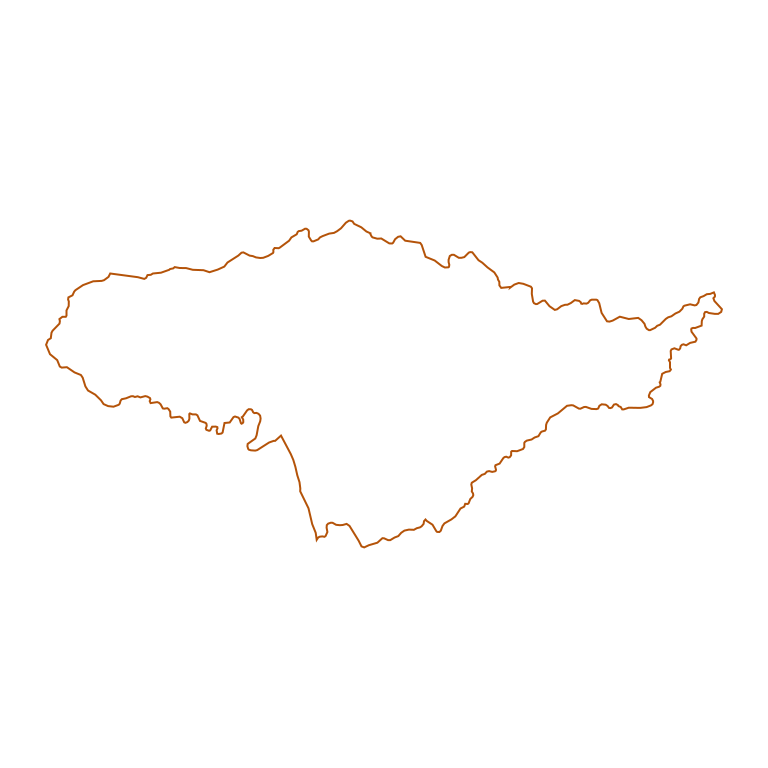 Nacaroa, Nampula, Mozambique
{"feature_id": "85939544B80156310814638", "entity_name": "Nacaroa", "entity_type": "district", "adm_level": 2, "iso_a3": "MOZ", "parent_name": "Mozambique", "parent_adm1": "Nampula", "projection": "robinson", "projection_center": [39.936, -14.362], "detail": "fine", "context": "isolated", "style": "outline", "palette": "amber", "viewbox_px": 768, "rotation_deg": 0, "n_neighbors": 0, "source": "geoboundaries", "source_scale": "gbopen_adm2", "svg_char_len": 6094}
<svg xmlns="http://www.w3.org/2000/svg" viewBox="0 0 768 768"><path d="M46.1,344.8L50.0,354.2L57.2,360.1L59.8,366.5L61.7,367.6L66.9,367.2L74.5,372.4L80.9,375.0L82.7,377.7L85.4,386.4L88.0,390.5L95.3,394.7L101.0,400.3L103.6,404.1L108.1,406.1L113.5,406.7L118.7,404.8L119.7,403.7L120.6,400.6L121.8,399.2L126.0,398.3L131.0,396.3L133.0,396.2L134.9,397.0L137.6,396.3L140.4,397.4L145.3,396.1L147.4,396.6L150.0,398.1L150.4,399.3L149.7,401.1L150.6,403.1L157.2,402.1L159.0,402.8L160.6,404.3L162.8,408.4L164.2,408.7L167.3,408.2L168.5,409.0L170.2,411.6L170.4,416.4L171.3,417.6L179.7,416.7L182.3,418.2L184.2,422.3L185.4,422.8L187.3,422.1L188.8,420.6L189.4,418.7L189.3,414.0L189.9,413.4L192.5,414.4L195.9,414.4L197.4,415.3L200.0,420.9L205.7,422.9L206.5,424.0L206.7,425.8L205.8,428.5L206.4,429.8L209.1,430.8L210.2,430.4L212.1,426.7L215.8,426.6L217.3,427.1L217.5,428.3L216.6,430.3L217.2,433.7L218.7,434.0L221.5,433.5L222.6,432.5L224.5,423.0L229.7,422.5L233.5,417.1L235.0,416.5L238.4,417.6L239.6,419.0L240.9,423.1L241.5,423.7L242.6,423.2L243.3,422.1L243.2,419.5L241.8,417.2L243.0,416.3L247.1,410.4L248.7,409.2L251.0,409.3L252.0,409.9L253.2,412.3L254.3,413.1L256.5,412.9L258.5,413.8L260.1,415.6L260.6,418.5L260.2,421.3L258.3,426.1L256.6,435.3L255.3,438.5L247.7,443.9L247.4,446.2L248.2,448.9L248.9,449.7L250.9,450.3L255.2,450.6L257.2,450.1L269.1,442.5L273.6,440.9L275.1,440.9L281.0,435.6L290.8,454.1L293.3,459.9L295.4,466.9L297.3,475.3L299.5,482.2L300.3,488.4L300.2,491.3L308.5,508.3L312.2,524.1L315.7,532.8L316.7,539.8L318.2,537.5L319.7,536.7L322.3,536.4L324.5,536.8L325.6,536.0L327.4,532.0L326.6,527.7L326.8,525.1L328.2,523.6L330.9,522.7L332.6,522.8L336.1,524.8L339.9,525.2L342.7,525.0L346.6,523.9L349.5,525.9L358.7,540.8L361.5,546.4L364.2,547.4L368.9,545.2L377.4,542.7L382.4,538.2L384.1,538.3L388.0,540.1L390.3,540.1L394.6,537.5L398.3,536.1L401.2,532.8L404.4,530.6L408.9,529.6L413.9,529.8L416.8,528.2L419.9,527.4L421.6,526.3L423.6,523.9L424.0,521.2L425.5,519.5L426.7,520.9L432.5,524.7L436.4,531.3L437.1,531.9L439.4,532.0L440.8,530.7L442.5,526.0L444.4,523.4L451.4,519.4L455.4,516.3L460.5,508.5L464.2,506.6L465.2,503.8L467.7,504.0L468.6,503.3L470.3,499.0L472.6,496.8L473.3,495.1L473.0,493.4L471.8,491.5L472.1,488.4L471.3,484.5L471.8,482.7L475.9,480.2L481.8,474.9L484.8,473.9L486.9,471.6L489.1,471.1L492.2,471.9L495.0,471.3L495.8,470.7L496.0,469.7L495.1,466.4L495.5,465.2L499.6,463.6L503.3,458.1L504.5,457.1L506.2,456.7L508.3,457.6L509.7,457.2L511.1,455.4L511.2,451.7L512.0,451.0L517.1,451.2L523.0,449.0L524.3,447.0L524.3,442.9L524.9,441.9L526.8,440.6L531.6,439.5L534.6,437.5L538.4,436.2L540.8,432.3L542.0,431.5L545.0,430.7L545.9,429.4L546.1,424.9L546.8,422.7L550.2,417.4L557.9,413.4L567.0,405.8L571.3,405.2L573.2,405.4L578.9,408.6L580.4,408.7L584.1,407.0L585.9,406.9L591.5,408.9L596.6,409.1L598.2,408.5L599.4,405.8L601.7,404.3L605.7,404.7L607.6,406.0L609.0,407.9L610.4,408.1L612.0,407.5L613.9,404.6L616.0,404.1L617.9,405.1L618.5,406.1L620.7,407.0L622.2,409.4L623.7,409.4L628.8,407.7L640.2,407.9L646.6,407.1L651.0,405.4L652.5,404.2L653.1,402.4L653.1,401.0L652.1,399.0L649.0,397.1L648.9,395.5L650.3,392.1L656.0,387.7L659.2,386.7L660.3,385.8L660.5,384.3L659.7,382.3L660.3,381.8L662.2,373.8L665.7,372.0L669.6,371.2L670.9,369.6L670.0,367.9L670.0,362.2L668.9,360.3L669.1,359.6L670.5,359.2L671.1,358.3L670.7,351.0L671.5,349.4L674.4,348.3L678.4,349.8L679.2,349.6L680.2,348.3L680.6,346.2L681.9,344.8L683.5,344.3L686.2,345.3L690.1,342.9L695.4,341.7L696.5,339.8L696.5,338.5L691.5,331.7L691.2,329.4L691.5,328.5L693.1,327.9L695.1,328.0L701.6,325.6L701.8,321.1L702.4,319.2L704.2,316.6L704.2,313.7L705.1,312.1L706.8,311.9L708.9,313.0L715.0,313.9L718.2,313.9L721.2,311.9L721.9,309.2L714.4,301.0L713.4,298.2L714.9,296.6L715.0,295.1L713.9,292.4L710.2,293.9L706.8,294.2L703.6,296.1L700.3,297.3L699.1,299.0L698.4,302.5L696.4,305.0L694.7,305.4L690.1,304.3L684.4,305.7L683.4,306.4L682.3,308.8L679.4,311.7L675.4,313.5L671.4,316.3L668.2,317.3L665.8,318.9L660.0,324.7L657.2,325.8L655.1,327.8L650.2,330.1L648.9,330.1L646.7,328.7L645.4,326.6L644.5,323.8L641.5,320.2L638.2,317.9L628.8,319.0L619.8,316.7L612.7,320.6L609.5,321.6L607.0,321.3L601.6,312.9L599.2,303.1L597.4,300.1L596.4,299.7L591.7,299.7L590.2,300.3L588.2,302.8L586.6,303.6L583.5,303.4L582.3,303.9L581.2,303.6L580.8,302.3L579.1,300.9L574.8,300.1L570.9,303.0L567.5,304.7L565.0,304.8L561.3,306.1L557.1,309.3L554.8,309.9L549.5,306.2L544.9,300.6L542.6,300.7L537.2,304.0L535.9,304.1L534.0,303.2L533.1,301.6L531.8,293.9L532.0,288.3L530.9,286.7L523.3,283.8L518.7,283.0L514.3,284.6L510.5,287.4L510.7,286.9L501.2,287.9L499.4,285.4L499.3,281.8L498.0,279.6L497.6,277.5L494.3,272.4L487.5,267.4L482.3,262.7L478.5,260.2L472.3,252.3L470.2,252.1L468.8,252.6L464.3,257.1L461.4,257.8L458.8,257.8L453.9,254.8L451.8,254.8L449.8,256.0L448.6,259.8L448.6,262.1L449.3,264.8L449.0,266.8L448.4,267.3L444.9,267.5L441.8,266.0L434.7,260.5L425.6,256.8L421.7,245.0L420.2,242.9L405.2,240.7L400.6,236.3L398.1,236.8L395.1,239.2L393.1,242.8L392.1,243.5L389.3,243.4L381.3,238.5L377.3,238.7L372.6,237.4L371.7,236.6L370.2,233.7L370.4,233.3L366.4,231.5L361.3,227.3L354.2,223.9L352.5,221.4L350.0,220.6L348.8,220.8L345.9,222.7L341.0,228.3L337.1,231.2L334.0,232.9L329.2,233.6L322.6,236.1L320.0,237.4L318.2,239.4L313.6,241.3L312.0,241.3L311.1,240.4L308.8,236.6L308.9,231.7L308.5,230.3L306.6,228.8L305.1,228.7L301.6,230.7L298.8,231.1L297.7,231.9L296.7,234.3L291.4,237.4L289.1,240.7L279.8,247.6L278.7,248.2L274.6,248.0L273.3,249.8L273.4,252.1L273.0,253.0L268.2,255.9L263.2,257.8L260.2,258.0L256.0,257.4L252.8,256.1L249.6,255.6L243.4,252.4L241.5,252.7L238.3,255.6L227.5,262.5L224.3,266.6L217.7,269.6L209.5,272.2L203.5,270.2L192.8,269.8L186.2,268.1L179.7,268.0L174.7,267.1L173.2,268.4L170.1,269.0L169.2,269.8L161.0,272.7L152.9,273.5L150.8,274.8L147.5,275.1L146.2,277.8L144.3,278.9L137.9,277.2L110.2,273.5L108.5,276.9L104.0,280.2L101.6,280.9L93.2,281.3L83.0,285.1L75.4,290.2L74.2,291.6L72.5,295.3L68.4,297.4L68.1,299.6L68.8,301.4L68.7,306.1L66.5,310.4L66.5,315.6L65.8,316.8L62.4,316.8L59.4,319.1L59.9,321.1L59.5,323.6L52.6,330.7L51.5,332.7L50.8,338.2L48.0,340.0L46.1,344.8Z" fill="none" stroke="#b45309" stroke-width="2"/></svg>